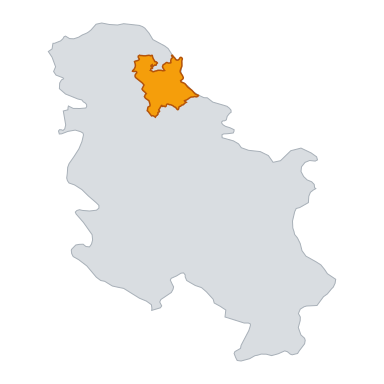 Srednje-Banatski highlighted on a map of Republic of Serbia
{"feature_id": "SRB-1061", "entity_name": "Srednje-Banatski", "entity_type": "District", "adm_level": 1, "iso_a3": "SRB", "parent_name": "Republic of Serbia", "parent_adm1": "", "projection": "robinson", "projection_center": [20.51, 45.43], "detail": "fine", "context": "in_parent", "style": "filled", "palette": "amber", "viewbox_px": 384, "rotation_deg": 0, "n_neighbors": 0, "source": "natural_earth", "source_scale": "10m", "svg_char_len": 8038}
<svg xmlns="http://www.w3.org/2000/svg" viewBox="0 0 384 384"><path d="M222.1,137.7L233.5,140.9L238.6,143.9L241.3,147.7L248.5,150.3L260.3,151.6L268.4,155.6L273.1,162.3L280.5,160.7L290.8,150.7L301.0,148.1L311.1,152.9L316.6,156.8L317.5,159.9L315.2,161.1L309.6,160.5L305.0,162.4L301.5,166.8L301.0,171.5L303.6,176.5L307.1,179.9L311.7,181.8L314.2,184.4L314.6,187.7L315.8,188.6L313.2,190.1L310.4,192.3L308.8,196.3L308.4,202.6L299.6,207.6L296.2,208.5L294.7,211.7L292.5,221.0L292.8,228.0L294.0,231.6L294.6,234.4L297.5,238.0L300.2,243.5L302.0,250.7L306.0,256.2L315.9,261.7L320.9,264.9L324.6,269.5L327.4,273.7L335.7,279.3L335.1,283.2L333.3,287.1L331.5,288.9L327.4,293.9L323.5,296.7L317.0,305.5L306.7,306.0L304.2,306.7L300.3,309.1L298.4,313.5L300.3,317.0L300.2,320.6L298.3,327.5L300.9,334.9L304.6,338.3L305.2,340.3L304.6,343.8L299.2,350.9L297.6,353.5L292.1,354.8L290.2,354.1L287.4,351.7L284.7,350.9L278.2,353.8L271.6,355.6L266.3,354.2L261.2,354.1L257.6,355.2L254.9,355.7L249.6,358.7L241.1,361.0L237.2,360.5L235.7,357.6L234.1,353.5L234.9,351.6L240.5,348.4L241.1,345.3L248.9,330.4L250.4,325.6L250.4,324.0L248.4,323.0L244.1,323.0L225.0,317.0L225.8,310.0L220.2,306.3L214.2,303.0L213.2,299.3L206.4,291.8L201.5,287.6L195.3,285.5L189.9,282.4L186.7,280.5L185.2,277.0L185.2,274.9L183.6,272.9L181.0,273.2L176.6,275.9L171.2,278.3L170.3,280.1L172.2,284.2L173.6,286.9L173.0,289.4L171.3,292.5L160.9,299.5L159.7,302.0L161.7,305.9L160.4,307.8L151.7,310.4L151.9,308.2L151.4,304.7L146.4,301.1L139.4,298.2L123.7,288.4L117.7,287.2L112.3,286.0L104.7,281.3L100.7,280.5L96.3,277.2L86.8,265.9L78.7,259.7L73.2,256.6L71.7,253.6L71.3,250.5L71.5,249.4L75.8,245.0L79.0,244.4L83.1,244.2L85.9,246.5L89.5,246.9L91.5,244.1L92.6,240.0L92.1,234.7L83.5,222.5L76.1,214.0L75.3,212.1L76.9,210.5L79.5,209.7L82.3,210.4L89.5,211.0L96.5,210.2L98.9,208.1L98.9,205.4L96.3,202.8L88.2,195.8L81.9,189.6L74.5,184.9L69.0,183.0L67.4,180.6L66.7,178.0L67.3,173.3L67.7,167.3L69.1,163.6L74.1,156.4L78.9,148.9L81.9,141.7L83.5,134.9L82.9,133.0L80.4,131.6L75.2,130.1L67.9,131.4L61.7,133.8L59.3,134.0L58.5,131.0L59.5,129.7L61.4,129.8L63.0,130.4L64.7,129.0L65.7,125.0L63.3,111.0L67.9,109.8L68.0,107.8L68.4,106.0L73.2,108.4L79.9,108.5L85.8,108.0L86.7,106.6L86.6,104.6L85.4,103.1L83.3,101.8L81.8,99.9L77.9,99.0L65.5,94.0L59.4,88.7L59.7,83.0L61.5,79.9L63.6,78.8L63.0,77.8L56.0,75.1L53.6,71.5L55.6,66.8L52.1,57.3L48.3,51.5L52.1,48.9L52.6,45.3L53.0,43.3L54.5,43.3L60.6,40.9L62.8,38.9L64.1,36.7L65.5,36.1L69.6,38.6L73.8,38.8L78.6,37.2L82.2,35.0L86.5,33.2L88.5,32.0L91.0,30.0L96.1,24.2L101.7,23.0L109.4,24.5L117.6,25.0L123.7,23.7L139.4,25.4L142.7,26.7L144.9,28.2L149.0,33.1L152.9,39.6L158.3,42.5L164.8,46.0L168.2,48.6L173.1,56.3L177.0,60.0L178.3,59.9L179.6,58.9L180.5,58.1L181.5,58.8L181.6,61.1L181.8,66.3L180.9,71.8L182.3,77.0L182.4,78.6L181.4,80.1L181.5,81.4L182.9,82.8L188.2,86.3L193.1,91.6L198.8,95.3L204.0,97.7L207.3,97.8L212.8,102.1L223.5,105.2L227.0,106.3L229.3,108.1L231.0,110.1L231.1,112.3L229.5,113.4L227.2,116.3L226.3,119.9L224.6,120.8L222.8,120.9L221.6,122.0L221.9,123.5L223.3,125.0L225.6,126.4L229.9,127.7L234.1,129.7L234.0,131.3L233.2,133.0L227.8,133.7L223.8,133.9L222.0,134.7L222.1,137.7Z" fill="#d9dde1" stroke="#a8b0b8" stroke-width="1"/><path d="M172.5,54.9L172.6,55.5L173.3,56.5L174.9,58.2L175.6,59.4L176.4,60.0L177.3,60.2L178.2,60.0L179.1,59.3L179.5,58.4L180.1,57.6L180.9,57.3L181.7,57.7L182.3,58.6L182.3,59.3L182.0,60.1L181.8,61.0L181.9,65.5L181.7,66.7L181.4,67.4L180.7,69.0L180.1,71.1L180.4,72.5L182.4,75.5L183.3,77.5L183.1,78.7L182.1,79.6L180.6,80.7L181.0,81.9L182.0,82.4L183.3,82.8L184.4,83.3L185.4,84.1L187.6,87.0L192.1,90.5L194.8,93.6L195.8,94.3L198.3,95.3L198.2,95.4L198.1,96.0L197.7,96.5L196.2,96.9L195.4,96.7L195.1,96.6L194.9,96.6L194.3,96.6L194.0,96.7L193.3,96.9L193.0,97.0L192.8,97.0L191.7,97.0L191.2,97.1L190.8,97.2L190.4,97.4L189.0,98.3L188.1,99.0L187.3,99.5L186.6,99.9L186.5,100.0L186.0,100.2L184.9,100.5L184.7,100.6L184.4,100.8L184.5,101.0L185.4,101.7L186.3,102.3L185.3,102.9L185.0,103.0L184.2,103.8L184.0,104.0L183.8,104.3L183.7,104.4L183.3,104.7L183.1,104.8L182.1,105.1L181.5,105.2L181.4,105.3L181.3,105.5L181.0,105.9L180.9,106.0L180.5,106.3L180.4,106.3L179.9,106.4L179.6,106.5L179.1,106.9L179.0,107.0L178.9,107.2L178.9,107.7L178.9,107.8L178.7,108.3L178.5,109.1L178.4,109.2L178.3,109.4L178.2,109.5L177.9,109.7L177.7,109.7L177.4,109.6L176.8,109.0L176.1,108.1L175.8,107.6L175.6,107.4L175.3,107.2L175.1,107.2L173.8,106.5L173.6,106.3L173.2,105.9L172.8,105.7L172.2,105.4L171.2,104.9L170.7,104.8L170.5,104.7L169.7,104.7L169.4,104.6L169.2,104.6L168.2,104.1L167.8,104.0L167.7,104.0L167.3,104.1L167.0,104.2L166.8,104.4L166.6,104.5L166.3,105.3L166.2,105.9L166.1,106.1L165.9,106.4L165.7,106.5L165.4,106.7L165.1,106.7L164.8,106.6L164.2,106.1L163.9,106.0L163.5,106.2L163.3,106.3L163.1,106.4L162.8,106.4L162.6,106.4L162.4,106.4L162.2,106.2L162.1,105.7L161.9,105.4L161.6,105.4L161.4,105.5L161.2,105.9L161.0,106.4L160.9,106.6L160.2,107.4L160.0,107.8L159.8,108.3L159.6,108.6L159.5,108.8L158.9,109.5L158.7,109.7L158.7,109.9L158.8,110.1L159.1,110.6L159.5,111.0L159.6,111.3L159.5,111.5L159.4,111.6L159.3,111.8L159.1,111.9L159.0,112.0L158.5,112.1L158.3,112.2L158.2,112.3L157.9,112.6L157.8,112.9L157.8,113.0L158.0,113.4L158.1,113.6L158.1,113.9L158.0,114.1L157.9,114.3L157.3,115.1L157.1,115.2L156.6,115.5L156.3,115.9L155.7,116.4L155.4,117.2L154.6,116.7L154.0,116.2L153.8,116.1L153.5,115.9L153.2,115.8L152.9,115.8L152.3,115.7L151.5,115.9L148.1,111.4L147.2,110.7L147.5,109.6L147.7,108.3L148.0,107.1L149.9,106.0L150.1,104.9L149.6,102.8L148.9,100.7L145.5,98.3L144.4,96.6L144.8,95.9L145.1,95.0L145.6,94.2L146.3,93.7L145.2,92.4L142.9,90.4L142.0,89.0L144.0,85.0L142.4,83.0L135.9,77.8L135.2,76.9L135.0,75.9L135.3,74.6L135.9,73.8L136.6,73.1L136.8,72.7L136.5,71.7L135.8,71.4L133.8,71.5L132.5,71.3L132.6,70.7L134.1,69.2L135.2,67.0L135.4,65.2L135.1,63.5L134.5,61.6L135.3,61.1L136.0,61.0L137.5,60.6L138.3,60.3L139.3,59.4L139.3,58.9L138.8,58.3L138.3,57.5L138.2,56.2L139.0,55.6L139.5,55.2L140.1,55.4L140.4,55.5L140.7,55.5L142.2,55.6L143.0,55.7L143.5,55.8L144.1,55.8L145.2,55.8L145.7,55.8L146.6,55.6L147.4,55.5L147.9,55.4L148.9,55.3L149.1,55.3L149.8,55.5L150.0,55.5L150.3,55.7L150.5,55.8L150.8,55.7L151.3,55.5L151.6,55.4L151.9,55.3L152.0,55.3L152.3,55.5L152.4,55.9L152.4,56.4L152.5,56.6L152.8,57.4L153.0,58.1L153.2,58.5L153.4,58.9L153.7,59.6L153.8,59.7L154.2,60.2L154.4,60.5L154.5,60.7L154.6,61.3L154.7,61.5L154.9,61.6L155.0,61.7L155.6,61.7L155.8,61.7L156.1,61.8L156.3,61.9L156.5,62.1L156.9,62.4L157.2,62.7L157.3,62.8L157.4,63.0L157.2,63.2L156.8,63.6L156.5,63.9L156.4,64.1L156.3,64.3L156.3,64.7L156.3,64.9L156.2,65.0L155.9,65.2L155.7,65.2L155.3,65.2L155.0,65.1L154.8,65.0L154.6,65.1L154.2,65.5L153.7,65.8L153.4,66.1L153.2,66.2L152.6,66.4L152.3,66.5L152.2,66.5L151.9,66.3L151.8,66.0L151.9,65.8L152.0,65.6L152.2,65.3L152.2,65.0L152.2,64.8L152.2,64.7L151.3,65.2L151.0,65.6L151.0,66.3L151.3,66.8L151.8,66.9L152.2,67.2L152.5,67.5L152.6,67.8L152.6,68.0L152.5,68.3L152.4,68.4L152.3,68.5L152.1,68.5L151.3,68.6L151.1,68.7L150.9,68.8L150.8,69.0L150.7,69.7L150.6,70.2L150.4,70.4L150.9,70.6L151.5,70.7L151.7,70.8L151.8,70.8L152.1,71.2L152.2,71.4L152.4,71.5L153.0,71.7L153.3,71.7L153.7,71.6L154.2,71.5L155.1,71.1L155.5,71.0L156.2,70.9L156.6,70.8L156.8,70.8L157.3,70.5L157.7,70.4L157.9,70.3L158.7,70.3L160.6,70.3L161.1,70.3L161.4,70.4L161.6,70.4L162.4,70.7L162.6,70.7L162.9,70.8L163.4,70.7L163.7,70.7L164.6,70.5L164.2,70.0L164.0,69.8L163.9,69.5L163.8,69.2L163.7,69.1L163.2,68.5L163.1,68.2L162.9,67.7L162.6,67.2L162.5,66.8L162.5,66.7L162.6,66.2L162.9,65.6L163.0,65.1L163.2,64.8L163.4,64.6L164.2,64.2L164.6,64.0L164.8,63.9L165.1,63.5L165.7,63.1L166.1,62.7L166.3,62.6L166.6,62.5L166.8,62.5L167.0,62.5L167.3,62.6L167.9,62.9L168.2,63.0L168.5,63.1L169.1,63.0L169.7,63.0L170.3,62.9L170.5,62.9L170.8,62.8L170.9,62.7L170.8,62.0L170.8,61.5L170.8,61.0L170.8,60.5L170.8,60.2L171.1,59.4L171.3,58.8L171.5,58.5L171.7,58.3L172.4,57.8L172.5,57.6L172.5,57.3L172.5,57.2L172.3,56.7L172.2,56.4L171.8,56.1L171.7,55.9L171.6,55.7L171.7,55.4L172.1,55.3L172.2,55.2L172.4,55.0L172.5,55.0L172.5,54.9Z" fill="#f59e0b" stroke="#b45309" stroke-width="1.5"/></svg>